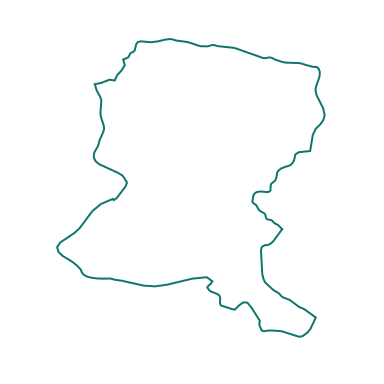 the border of Ain, rotated 84°
{"feature_id": "FRA-5262", "entity_name": "Ain", "entity_type": "Metropolitan department", "adm_level": 1, "iso_a3": "FRA", "parent_name": "France", "parent_adm1": "", "projection": "orthographic", "projection_center": [5.485, 46.077], "detail": "fine", "context": "isolated", "style": "outline", "palette": "teal", "viewbox_px": 384, "rotation_deg": 84, "n_neighbors": 0, "source": "natural_earth", "source_scale": "10m", "svg_char_len": 3287}
<svg xmlns="http://www.w3.org/2000/svg" viewBox="0 0 384 384"><g transform="rotate(84 192 192)"><path d="M343.3,109.5L340.1,116.8L339.4,119.4L337.9,128.5L337.8,132.0L338.0,135.0L337.1,137.1L332.2,138.7L330.9,138.9L329.5,138.7L327.8,138.1L327.4,138.1L327.0,138.1L326.6,138.3L313.3,144.9L307.9,148.4L307.1,152.3L309.4,156.7L313.4,161.6L312.7,164.4L311.1,167.7L308.1,174.7L307.2,175.4L305.0,175.8L300.2,175.0L298.0,175.5L296.2,177.3L293.4,182.7L292.0,184.8L288.7,186.8L286.9,185.5L285.4,183.0L282.9,181.1L278.3,186.2L278.2,200.7L281.6,226.4L281.9,236.6L282.0,238.5L280.1,249.7L272.9,271.1L271.2,277.8L269.5,282.3L269.4,283.0L269.4,283.8L269.3,284.5L269.3,285.3L269.2,286.1L269.1,286.9L269.0,287.7L269.0,288.6L268.9,289.4L268.8,290.3L268.7,291.1L268.6,292.0L268.4,292.8L268.3,293.7L268.2,294.5L268.0,295.4L267.9,296.2L267.7,297.0L267.5,297.9L267.3,298.7L267.1,299.5L266.9,300.3L266.7,301.1L266.5,301.8L266.2,302.5L265.9,303.3L265.6,304.0L265.3,304.6L265.0,305.3L264.7,305.9L264.3,306.5L264.0,307.0L263.6,307.5L263.2,308.0L262.7,308.4L262.3,308.8L261.8,309.2L261.3,309.5L260.8,309.8L260.3,310.0L259.7,310.2L259.2,310.4L258.6,310.4L257.9,310.5L253.6,313.7L249.3,317.9L241.8,327.6L237.4,331.2L232.6,331.9L228.3,328.1L220.5,313.3L216.2,307.5L200.6,293.1L194.4,283.8L190.6,271.5L190.9,271.2L191.6,271.0L191.9,270.7L191.0,268.9L189.9,267.3L179.8,257.7L176.2,255.8L174.6,256.0L173.5,257.0L171.3,257.7L168.2,259.6L164.9,264.1L154.6,281.5L151.1,284.8L147.0,286.1L142.6,285.1L136.2,280.5L130.8,278.5L123.3,274.1L119.9,272.8L116.3,272.9L108.4,274.6L104.6,274.9L91.5,272.6L87.8,273.3L81.3,276.1L74.6,277.4L74.1,271.2L71.7,262.3L73.0,257.2L68.0,254.2L63.6,249.2L58.9,245.6L53.1,246.6L51.5,241.4L47.4,238.6L46.5,235.7L45.2,234.2L39.1,232.0L37.2,230.2L36.8,227.1L38.8,217.0L38.6,209.9L37.7,203.3L37.6,197.1L39.8,191.5L42.2,181.6L43.4,178.3L47.0,170.6L48.0,167.6L48.8,161.0L48.3,158.7L48.1,157.6L48.0,155.8L48.3,154.4L49.7,150.9L52.9,135.7L53.7,133.5L66.0,107.7L66.4,106.6L66.5,105.3L66.5,104.1L66.3,101.8L66.3,100.6L66.7,99.4L67.1,98.3L69.0,95.5L72.0,88.9L72.8,86.3L73.4,83.5L74.9,72.4L75.3,71.2L75.6,69.9L78.1,64.2L78.4,63.0L79.9,59.5L80.2,58.2L80.7,55.3L80.8,54.9L81.5,54.0L82.8,53.1L85.8,52.4L88.7,52.7L92.0,53.7L100.2,57.7L103.8,58.5L108.8,58.0L122.4,52.8L129.1,52.1L131.6,52.7L134.3,54.0L138.1,57.3L142.0,62.3L147.9,65.9L163.6,70.2L163.6,81.7L165.6,85.4L171.1,87.1L173.0,88.4L175.3,90.9L176.2,93.5L176.7,96.6L177.9,100.8L179.5,103.5L181.5,105.2L186.4,106.6L189.2,107.9L192.1,112.3L194.0,113.1L198.7,113.8L199.8,115.3L199.9,117.3L199.5,119.6L199.0,121.9L198.6,124.7L198.9,127.8L200.1,130.0L201.7,131.3L207.8,133.0L208.9,132.6L209.7,132.0L210.3,131.1L211.7,129.6L216.3,127.6L217.3,126.9L218.2,126.1L220.1,123.3L220.7,122.4L221.6,121.8L222.6,121.4L224.9,121.2L226.0,120.9L226.8,120.3L227.3,119.2L228.0,116.7L228.5,115.8L229.2,115.0L231.0,113.8L231.7,113.1L233.6,110.2L234.3,109.5L238.5,106.1L239.1,106.9L249.6,116.4L251.8,119.6L252.7,122.4L252.5,124.8L253.4,127.5L255.0,128.8L257.0,129.5L281.3,130.7L286.2,129.9L288.5,129.2L290.5,128.0L298.2,121.1L299.6,119.3L300.8,117.5L302.3,115.8L304.2,114.5L305.4,113.5L306.3,112.5L309.1,107.0L310.0,105.6L317.5,97.5L319.1,94.5L320.7,92.1L329.8,82.0L340.8,88.7L344.1,92.2L346.9,97.1L347.2,100.6L343.3,109.5Z" fill="none" stroke="#0f766e" stroke-width="2"/></g></svg>